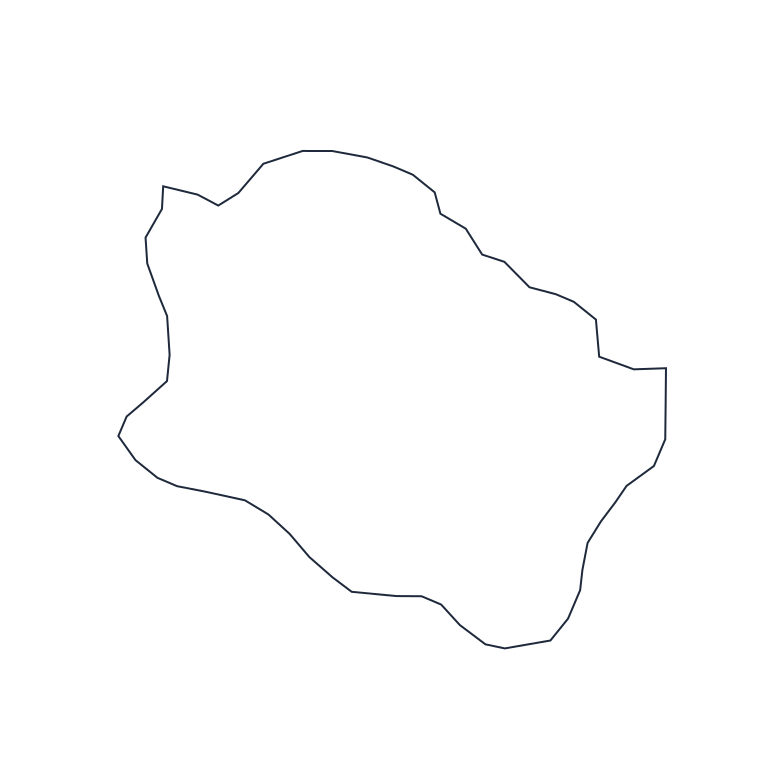 Pileri, Cyprus (Mercator projection), rotated 113°
{"feature_id": "46923920B51203162214587", "entity_name": "Pileri", "entity_type": "district", "adm_level": 2, "iso_a3": "CYP", "parent_name": "Cyprus", "parent_adm1": "", "projection": "mercator", "projection_center": [33.212, 35.289], "detail": "fine", "context": "isolated", "style": "outline", "palette": "slate", "viewbox_px": 768, "rotation_deg": 113, "n_neighbors": 0, "source": "geoboundaries", "source_scale": "gbopen_adm2", "svg_char_len": 886}
<svg xmlns="http://www.w3.org/2000/svg" viewBox="0 0 768 768"><g transform="rotate(113 384 384)"><path d="M288.3,664.5L309.6,656.8L342.4,660.7L365.6,649.0L390.8,625.7L406.2,610.2L441.0,592.7L466.1,584.9L495.1,598.5L514.5,608.2L535.7,608.2L551.2,583.0L558.9,555.8L558.9,534.5L553.1,507.3L545.4,466.5L549.3,439.3L558.9,412.2L572.5,385.0L582.1,355.8L587.9,332.5L574.4,289.8L564.7,266.5L564.7,245.2L576.3,219.9L584.0,188.9L580.2,169.5L555.1,130.6L528.0,122.9L497.1,122.9L477.7,128.7L450.7,134.5L425.6,130.6L402.4,124.8L383.0,120.9L354.0,103.5L325.0,103.5L292.2,117.0L259.3,130.6L272.9,159.8L274.8,196.6L241.9,214.1L234.2,241.3L234.2,260.7L238.1,287.9L224.5,320.9L226.5,344.2L209.1,369.4L205.2,398.6L187.8,412.2L180.1,439.3L180.1,460.7L182.0,487.9L189.8,522.8L201.3,550.0L228.4,581.1L265.1,592.7L284.5,606.3L282.5,629.6L288.3,664.5Z" fill="none" stroke="#1e293b" stroke-width="2"/></g></svg>